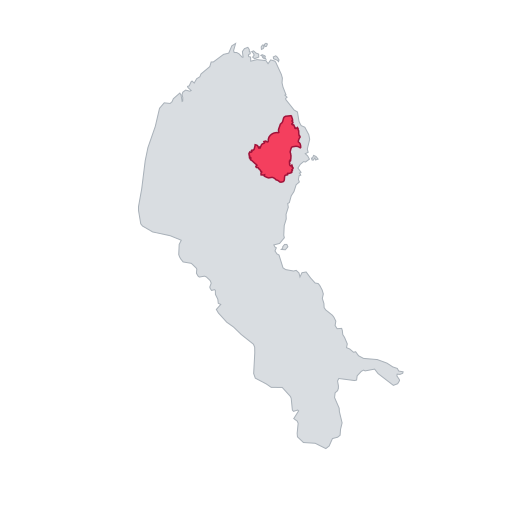 location of Southern Ostrobothnia within Finland, rotated 158°
{"feature_id": "FIN-3183", "entity_name": "Southern Ostrobothnia", "entity_type": "Province", "adm_level": 1, "iso_a3": "FIN", "parent_name": "Finland", "parent_adm1": "", "projection": "orthographic", "projection_center": [23.15, 62.738], "detail": "fine", "context": "in_parent", "style": "filled", "palette": "rose", "viewbox_px": 512, "rotation_deg": 158, "n_neighbors": 0, "source": "natural_earth", "source_scale": "10m", "svg_char_len": 7227}
<svg xmlns="http://www.w3.org/2000/svg" viewBox="0 0 512 512"><g transform="rotate(158 256 256)"><path d="M215.5,222.4L213.6,215.1L211.3,208.8L208.7,207.2L207.9,204.7L207.4,199.6L207.8,195.6L210.4,191.8L210.8,186.6L212.2,182.5L211.5,179.8L207.3,172.3L206.7,169.9L206.4,165.7L208.7,161.9L208.0,158.2L203.7,156.8L203.9,154.5L205.0,150.6L204.4,147.4L204.3,140.3L206.4,137.1L203.9,134.6L201.6,130.2L199.5,129.9L198.3,125.1L194.7,120.8L182.3,114.5L174.7,107.6L170.8,102.0L167.1,98.8L166.8,95.9L163.0,93.5L163.9,92.3L166.9,92.3L169.4,93.6L170.3,92.0L169.4,87.8L169.6,86.7L172.5,84.5L177.1,84.6L186.9,101.3L188.4,106.7L197.9,108.6L199.0,109.9L201.6,109.6L207.1,107.0L209.2,103.3L211.3,103.6L225.1,111.4L227.2,109.6L228.3,104.5L229.3,102.3L230.8,100.6L233.9,99.5L236.2,95.3L235.9,83.8L237.0,80.4L238.7,69.0L242.5,63.7L245.2,58.3L248.1,57.4L253.5,58.1L259.4,52.4L263.4,51.3L271.3,60.2L281.9,65.3L285.3,72.8L284.3,76.1L279.6,85.1L279.6,87.4L281.9,91.1L274.5,96.4L275.1,97.6L279.4,97.9L280.0,99.5L276.7,110.8L276.7,112.8L280.9,124.3L291.1,128.5L294.3,133.4L302.4,143.0L302.2,147.9L293.4,166.7L291.4,171.9L291.4,175.1L299.1,188.7L303.4,198.5L307.9,205.5L312.2,217.2L312.8,221.3L306.8,224.3L308.7,226.3L307.6,230.2L308.0,235.6L306.6,239.3L307.0,240.3L310.1,240.7L310.6,243.0L310.5,244.5L307.7,247.6L307.7,250.4L309.8,255.1L311.3,256.6L316.4,257.7L317.2,258.9L317.7,262.3L315.8,266.0L316.0,267.3L318.7,273.4L325.8,277.8L326.9,281.5L327.2,284.0L327.1,286.3L322.9,295.5L319.4,298.6L327.9,306.9L342.8,317.0L350.0,326.3L350.8,329.0L347.9,342.1L346.5,345.7L336.8,361.1L323.0,385.9L315.6,397.0L300.8,413.9L290.1,429.1L283.7,432.4L278.5,429.6L276.0,430.5L273.7,432.8L265.6,435.6L265.2,433.3L266.6,427.0L265.9,427.1L264.6,430.1L264.0,433.5L262.5,435.3L259.1,436.2L255.7,433.6L254.1,433.7L256.0,437.7L255.9,438.9L254.2,438.8L250.6,442.1L249.7,442.1L248.5,439.5L244.6,442.6L240.9,443.2L238.8,445.4L227.9,448.9L224.9,452.7L222.8,451.9L210.5,455.1L205.3,454.3L199.7,459.9L195.3,460.7L199.8,454.9L200.0,452.9L197.7,451.9L196.0,449.8L194.3,445.4L193.5,445.2L192.0,450.7L189.0,452.6L185.4,452.5L184.9,450.1L185.6,447.9L185.0,447.5L185.6,445.7L187.5,445.5L188.0,444.6L188.0,443.5L186.5,442.5L187.9,438.6L181.5,437.7L173.6,433.4L172.8,429.8L168.9,432.3L165.5,429.6L165.1,428.0L164.5,414.8L164.9,411.1L167.0,406.8L167.7,402.4L167.8,394.3L168.9,394.3L167.7,391.6L169.5,391.0L169.8,390.0L166.0,377.1L163.6,374.0L165.7,364.7L165.6,362.6L165.3,360.0L162.5,357.1L161.6,348.7L162.5,344.1L168.4,335.9L168.8,332.6L172.0,332.4L170.6,329.4L170.2,325.8L174.9,324.6L176.5,325.7L180.6,324.4L184.2,321.8L182.9,316.7L184.7,316.6L184.2,315.3L184.3,314.1L185.7,314.6L188.0,311.1L188.1,308.4L192.1,307.0L196.7,301.5L200.8,298.6L205.1,293.0L206.9,292.8L207.8,289.1L212.5,283.4L214.1,279.0L218.4,273.7L222.5,264.8L222.9,262.3L229.4,258.8L235.3,259.6L235.1,257.3L234.1,256.0L236.5,253.6L235.8,250.1L234.3,248.3L235.4,234.9L233.6,232.3L226.8,228.0L224.1,227.6L222.5,224.2L223.1,220.1L219.6,223.3L215.5,222.4ZM178.9,439.4L183.4,439.5L184.6,441.6L182.5,442.9L182.4,444.6L183.4,447.1L181.4,447.1L180.0,444.2L177.9,442.2L178.9,439.4ZM227.7,254.6L225.2,256.0L223.1,255.2L223.0,252.6L226.5,250.8L230.1,252.6L228.4,253.2L227.7,254.6ZM164.8,322.7L164.6,324.9L167.1,323.4L168.1,324.1L167.9,326.0L167.0,325.6L164.9,327.7L163.1,325.8L162.1,322.6L164.8,322.7ZM165.8,432.3L165.4,434.1L162.7,434.2L161.7,432.3L161.2,429.2L162.3,427.8L162.9,429.5L165.8,432.3ZM176.3,440.2L174.8,440.3L172.8,438.3L172.6,437.5L173.4,437.1L173.1,434.8L174.6,436.1L175.5,437.6L174.6,437.9L176.3,440.2ZM172.9,447.9L170.9,449.2L170.2,448.9L170.4,446.6L171.6,445.6L173.6,445.5L172.9,447.9ZM168.9,449.1L167.1,449.5L166.0,448.3L167.7,446.5L169.0,446.7L169.3,447.8L168.9,449.1Z" fill="#d9dde1" stroke="#a8b0b8" stroke-width="1"/><path d="M208.9,319.1L209.2,320.0L209.7,320.9L210.2,321.6L210.7,322.2L211.3,322.7L212.0,323.0L215.1,323.7L216.3,324.7L218.0,326.5L218.4,327.2L218.0,327.5L217.8,327.7L217.6,328.1L218.3,328.1L220.9,329.3L220.6,330.3L220.3,331.0L219.8,331.5L219.2,331.7L219.5,332.7L219.6,332.8L219.7,332.7L219.8,332.7L219.9,333.0L219.9,333.4L219.9,333.9L220.0,334.3L220.1,334.8L220.3,335.2L220.6,335.5L220.8,336.0L220.8,336.7L221.1,337.3L221.5,337.4L222.1,337.6L222.5,338.2L222.7,338.7L222.5,339.3L221.4,339.5L221.2,339.6L221.2,340.3L222.3,342.2L223.8,345.5L224.4,346.5L224.8,346.9L225.1,347.5L224.2,348.5L224.0,348.8L224.1,349.2L224.6,349.2L225.2,349.1L225.3,349.2L225.3,349.5L225.2,349.6L224.8,349.6L224.9,349.8L224.9,350.0L225.0,350.4L225.0,350.5L224.6,350.8L224.5,351.0L224.6,351.4L224.6,351.6L224.4,351.5L224.4,351.9L224.4,352.0L224.4,352.6L224.3,353.1L224.1,353.4L224.1,353.5L224.1,353.8L223.9,354.0L223.7,354.0L223.1,354.4L222.7,354.8L222.4,354.5L222.2,354.2L221.8,354.1L221.6,354.0L220.7,354.3L220.8,354.8L220.9,355.2L220.7,355.6L220.3,355.7L218.8,355.2L218.4,355.3L217.8,355.7L217.2,356.4L215.7,358.4L215.1,359.5L213.8,358.5L213.3,357.8L213.0,356.5L213.0,356.2L213.1,355.8L213.1,355.3L212.9,354.9L212.6,354.8L212.3,355.1L212.1,355.5L211.9,355.6L211.8,354.7L211.7,354.6L211.3,354.9L211.3,355.1L211.4,355.3L211.1,355.6L210.7,355.8L210.2,356.1L209.2,357.1L208.4,357.5L206.1,357.6L205.6,357.8L205.7,358.0L205.7,358.4L205.8,359.2L205.6,359.2L205.4,359.1L204.1,359.0L203.7,358.7L203.1,357.8L202.9,357.5L202.1,357.4L201.6,357.9L200.8,359.7L199.4,361.4L197.4,362.6L195.3,363.2L193.3,363.3L190.8,362.8L189.2,362.0L188.6,362.0L188.3,363.3L188.1,364.1L187.8,364.7L187.1,365.6L185.2,367.7L184.8,368.2L184.0,369.1L181.9,369.9L180.9,370.7L178.8,373.5L177.9,374.2L176.3,374.5L171.0,373.0L170.9,372.8L170.8,372.6L170.8,372.4L170.7,372.3L170.8,371.7L170.9,369.4L171.2,368.1L172.0,367.9L172.1,367.5L171.9,367.0L171.7,366.6L171.7,366.0L172.0,365.6L172.5,365.3L173.3,365.1L173.4,364.6L173.2,364.3L172.9,363.9L172.4,363.6L172.1,363.6L171.8,363.1L171.9,362.6L171.9,361.8L171.8,361.2L171.7,360.8L171.6,360.4L172.0,360.3L172.0,359.8L171.7,359.5L171.1,359.2L169.6,359.6L169.7,359.0L169.6,358.9L169.4,358.9L169.2,358.6L169.3,358.2L169.5,358.0L169.6,357.4L169.6,356.7L169.5,356.4L169.7,355.6L170.3,354.0L170.7,352.7L170.8,352.1L170.9,351.5L170.6,351.5L170.5,351.2L170.5,350.5L170.5,349.8L171.4,349.2L172.4,348.3L173.8,346.6L174.0,345.8L173.8,345.6L173.5,344.9L173.3,344.5L173.1,343.6L173.1,343.0L173.3,341.6L173.5,340.9L173.8,340.3L173.9,339.9L174.4,339.7L175.8,341.5L176.6,342.1L177.9,342.8L181.4,343.6L182.0,343.5L182.6,343.1L183.4,342.4L185.0,340.2L185.3,339.9L185.5,339.1L185.5,338.1L185.8,337.0L185.9,336.6L186.0,335.9L187.3,333.1L187.6,332.6L187.9,332.3L188.3,332.2L188.1,332.0L188.1,331.8L188.2,331.4L188.9,331.1L189.1,331.1L189.5,331.2L190.0,330.0L190.0,329.6L189.9,329.4L190.0,329.1L190.3,328.9L190.5,328.8L190.5,328.5L190.6,327.4L190.3,326.7L189.2,326.8L188.8,326.9L189.1,325.8L189.1,325.7L188.9,325.7L188.7,325.8L188.7,325.7L188.9,325.3L189.2,324.9L189.2,324.6L188.7,324.4L188.6,323.8L188.8,323.4L189.4,322.9L190.3,322.6L190.5,322.4L190.2,321.7L190.4,321.5L191.9,320.5L191.7,320.1L192.2,320.0L194.0,320.1L195.1,320.5L195.6,320.8L196.0,320.6L195.9,320.0L196.2,319.5L196.6,319.5L198.5,319.9L199.2,319.6L199.9,318.6L201.1,316.2L201.7,315.4L202.6,314.8L203.4,314.8L204.4,314.9L205.4,315.2L206.2,315.7L206.4,316.1L207.0,317.2L207.3,317.7L208.0,318.4L208.9,319.1Z" fill="#f43f5e" stroke="#9f1239" stroke-width="1.5"/></g></svg>